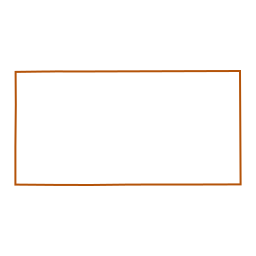 the district of Eau Claire, Wisconsin, United States of America
{"feature_id": "52423323B20706139587208", "entity_name": "Eau Claire", "entity_type": "district", "adm_level": 2, "iso_a3": "USA", "parent_name": "United States of America", "parent_adm1": "Wisconsin", "projection": "orthographic", "projection_center": [-91.42, 44.727], "detail": "fine", "context": "isolated", "style": "outline", "palette": "amber", "viewbox_px": 256, "rotation_deg": 0, "n_neighbors": 0, "source": "geoboundaries", "source_scale": "gbopen_adm2", "svg_char_len": 311}
<svg xmlns="http://www.w3.org/2000/svg" viewBox="0 0 256 256"><path d="M15.6,71.9L15.8,104.8L15.4,146.8L15.4,184.6L52.9,184.9L90.5,185.0L128.0,184.6L165.3,184.5L203.0,184.5L240.6,184.4L240.0,71.0L72.9,71.5L57.5,71.4L50.1,71.5L47.5,71.5L46.8,71.5L15.6,71.9Z" fill="none" stroke="#b45309" stroke-width="2"/></svg>